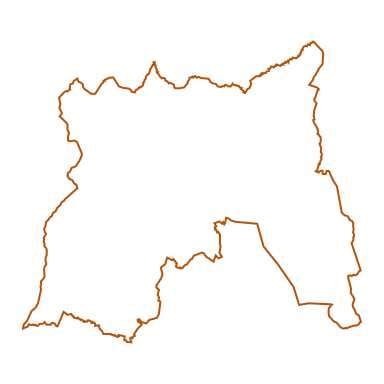 Chai Badan, Lop Buri, Thailand (Robinson projection)
{"feature_id": "78962969B13001003054051", "entity_name": "Chai Badan", "entity_type": "district", "adm_level": 2, "iso_a3": "THA", "parent_name": "Thailand", "parent_adm1": "Lop Buri", "projection": "robinson", "projection_center": [101.171, 15.202], "detail": "fine", "context": "isolated", "style": "outline", "palette": "amber", "viewbox_px": 384, "rotation_deg": 0, "n_neighbors": 0, "source": "geoboundaries", "source_scale": "gbopen_adm2", "svg_char_len": 5802}
<svg xmlns="http://www.w3.org/2000/svg" viewBox="0 0 384 384"><path d="M313.8,41.9L313.4,42.2L312.7,41.7L311.0,43.4L310.4,43.2L309.9,45.2L308.0,44.3L307.0,46.3L305.7,45.7L303.7,46.7L302.2,49.4L302.7,49.9L301.4,50.6L301.4,51.6L300.8,51.9L300.6,54.1L299.8,54.1L300.0,54.8L299.4,55.7L298.6,56.4L298.0,56.0L297.7,57.2L296.1,58.3L294.1,57.9L293.6,58.7L293.7,58.1L292.6,57.6L291.7,59.4L290.2,58.9L289.1,60.5L288.2,60.6L288.3,61.9L287.7,61.1L286.5,62.6L285.4,61.9L284.9,63.2L282.4,63.6L281.9,64.4L282.4,64.8L281.1,64.8L280.2,65.9L275.7,64.1L276.6,65.2L276.1,66.0L274.9,66.0L273.6,67.5L272.9,66.7L270.9,66.6L270.3,68.5L268.5,68.9L268.9,70.8L266.3,71.8L265.7,73.1L262.2,73.1L262.7,74.0L261.7,74.4L261.3,75.5L260.4,75.6L260.1,74.9L259.2,76.3L256.3,76.2L250.2,80.8L251.2,83.7L250.6,85.4L249.4,88.1L247.4,89.1L245.1,93.0L243.5,92.4L244.1,91.5L241.2,89.1L241.7,88.0L239.9,87.7L239.0,86.0L237.3,85.9L236.0,85.0L235.2,85.4L233.1,84.4L232.1,84.9L232.1,84.4L230.6,86.5L228.6,86.4L225.8,84.9L224.9,85.1L224.2,86.3L222.9,86.0L221.3,87.0L217.8,86.4L215.9,84.0L212.8,83.4L210.5,82.0L208.7,78.8L201.2,78.0L198.9,76.9L196.7,77.7L195.2,76.0L193.5,77.3L193.4,76.7L192.1,76.7L191.8,77.3L189.5,77.7L189.4,79.3L187.7,81.8L187.9,82.8L184.2,87.4L178.4,88.4L175.0,88.1L174.2,87.5L174.2,85.6L173.2,84.2L169.7,82.9L168.7,83.3L167.4,81.4L165.4,80.8L165.1,78.8L163.1,77.8L162.0,78.4L159.8,76.6L159.2,74.9L157.5,73.2L157.9,72.1L156.8,72.0L156.8,69.4L155.4,67.0L155.8,65.7L155.3,65.4L154.6,61.9L153.5,62.2L153.8,63.4L153.1,65.2L152.5,65.1L151.3,68.0L150.5,68.6L149.2,73.2L148.4,74.4L147.3,74.6L145.8,77.0L145.6,79.2L144.6,79.8L144.3,81.6L143.1,82.7L143.5,83.2L142.7,85.8L140.2,87.5L139.5,87.0L138.0,89.1L136.1,89.7L134.8,92.5L131.7,91.8L131.0,90.2L128.9,88.6L123.2,87.9L118.9,86.4L113.2,77.4L109.1,77.8L105.1,79.7L105.1,80.8L103.5,80.7L103.2,82.4L101.6,83.9L95.2,93.8L91.1,93.8L84.5,89.0L83.1,87.1L82.8,84.3L81.3,82.9L78.6,81.8L77.3,78.6L73.7,81.0L72.9,83.5L70.2,84.5L69.7,88.1L70.2,89.6L67.7,90.8L67.6,91.4L66.0,91.1L63.5,92.8L59.0,97.8L60.4,104.1L59.4,108.0L61.7,112.6L61.6,113.7L59.7,116.3L66.4,122.8L67.5,124.6L67.5,129.8L69.1,133.3L68.0,136.0L68.0,140.5L69.7,141.3L74.1,140.6L77.0,141.9L81.8,153.6L81.7,155.7L79.9,159.8L75.8,166.3L71.6,167.9L69.9,171.7L67.8,173.0L67.9,175.1L67.3,176.0L69.7,179.1L72.2,180.0L74.1,183.5L76.3,184.6L77.4,188.2L65.2,199.0L63.9,200.9L61.8,202.0L60.2,205.1L57.5,207.5L55.4,211.5L53.1,212.8L51.9,216.0L49.6,217.6L49.0,219.1L46.1,221.9L45.4,226.4L44.1,229.1L44.8,231.9L46.1,233.9L43.6,238.2L44.1,239.8L43.7,241.7L44.5,243.5L44.3,245.8L46.3,248.4L46.8,250.6L46.6,255.5L45.6,257.5L45.4,260.3L46.4,264.0L44.5,266.8L44.1,268.9L44.6,276.1L43.7,278.3L41.0,281.4L41.1,284.7L40.5,286.2L41.0,289.8L38.0,303.4L35.4,307.9L31.7,310.9L27.0,321.0L23.7,324.6L23.0,328.6L28.0,326.4L28.8,324.3L31.8,325.2L33.2,324.5L34.2,325.2L35.6,324.8L35.9,325.6L37.8,325.8L39.7,324.0L43.2,323.6L44.7,322.1L46.1,324.5L50.8,324.7L51.2,323.6L52.5,322.8L54.9,323.7L56.2,326.0L57.5,326.4L63.6,311.9L67.8,314.8L71.3,314.0L72.6,316.2L73.6,316.2L73.9,317.6L76.9,318.5L77.4,317.7L77.8,318.3L78.5,318.1L80.4,319.9L80.8,319.4L82.4,320.0L83.3,321.7L84.6,321.0L84.9,321.8L87.0,321.6L88.1,320.1L91.7,321.7L91.6,322.7L92.7,322.1L92.9,322.8L93.6,322.5L95.1,323.4L95.2,325.3L95.9,324.7L95.4,325.7L98.8,325.3L99.4,328.3L102.2,331.3L103.2,333.9L110.9,334.0L111.5,334.8L113.3,334.8L113.6,335.7L115.1,335.2L115.6,336.2L117.3,336.5L117.4,337.0L118.7,336.4L118.2,335.6L118.8,335.0L124.7,336.4L124.4,340.2L126.2,340.4L126.9,342.0L131.3,342.3L130.2,338.1L131.5,337.5L132.5,338.2L133.1,336.6L134.8,335.8L134.0,334.5L134.3,333.8L137.5,328.9L141.6,324.7L140.7,323.3L137.9,321.5L137.6,319.8L139.0,319.1L141.6,322.0L146.1,323.5L149.4,319.9L156.8,317.9L157.8,316.4L159.0,313.4L160.3,302.3L160.1,301.3L158.4,300.8L159.0,297.4L157.6,294.6L159.0,289.8L156.5,287.6L156.2,285.8L160.8,278.9L162.2,275.5L162.3,273.0L161.0,268.5L161.2,267.2L165.1,264.3L167.2,257.6L172.1,260.2L173.4,259.0L174.2,260.6L175.3,261.1L176.0,263.0L176.9,263.3L175.9,266.6L178.0,267.9L180.0,267.4L180.4,268.6L183.3,267.6L183.5,266.4L185.7,264.7L186.8,264.6L190.6,259.4L192.1,258.9L193.8,255.7L201.8,252.7L203.5,252.9L206.2,256.7L213.6,261.7L215.7,255.5L218.5,258.3L221.8,256.9L219.5,252.7L220.6,246.0L220.0,244.5L220.0,234.6L218.2,231.8L217.2,232.5L216.1,229.5L215.2,229.7L214.7,227.3L216.3,226.4L214.4,223.2L219.6,221.4L221.9,223.7L223.0,222.1L224.2,224.4L225.1,223.0L226.2,217.8L228.4,218.3L231.4,220.6L235.5,221.8L257.2,223.8L263.6,246.5L278.2,264.7L293.7,287.2L299.1,304.9L308.7,303.3L331.0,304.3L331.9,304.6L328.9,308.1L328.5,312.0L329.1,316.3L333.9,321.5L336.5,322.5L340.6,327.4L343.9,328.7L346.0,327.8L347.4,328.3L348.8,327.2L354.1,325.6L356.8,325.5L359.2,323.8L359.5,322.7L361.0,322.0L359.0,315.8L356.0,313.6L354.8,309.9L353.0,307.0L352.6,304.3L354.3,299.8L354.3,298.5L350.8,293.0L351.0,288.6L348.2,277.8L348.3,275.8L350.5,275.4L351.9,276.1L353.7,274.7L355.6,275.4L357.5,273.9L358.9,271.5L360.7,270.5L351.6,243.2L353.5,239.9L353.3,237.3L354.1,236.3L353.7,233.4L353.1,232.7L353.7,228.1L353.0,226.3L353.3,223.6L352.5,221.4L349.2,219.5L349.0,218.1L347.4,216.1L344.7,215.3L341.8,212.8L337.0,186.5L333.0,180.2L329.0,171.1L326.7,171.0L325.5,174.2L322.5,173.6L322.7,171.1L321.8,170.6L319.5,171.4L318.8,172.5L315.8,171.4L317.2,170.3L318.3,165.9L319.1,164.9L318.7,164.0L320.0,163.7L319.8,162.8L321.5,158.5L320.9,157.0L321.5,156.7L321.8,154.8L321.6,153.2L320.8,152.3L321.2,148.3L319.6,143.9L320.1,143.7L320.8,140.0L320.6,137.1L318.2,134.6L318.4,134.0L317.5,133.8L318.2,131.4L317.4,129.5L317.6,128.6L313.8,122.4L313.2,120.1L314.5,119.4L313.7,116.3L314.2,110.2L316.6,103.5L314.4,100.6L314.3,99.0L315.3,97.6L317.6,90.2L318.7,89.8L318.6,88.9L316.7,87.4L309.2,84.9L313.0,79.8L313.7,77.3L315.6,74.8L319.4,67.9L322.5,64.1L323.3,53.5L322.5,51.2L313.8,41.9Z" fill="none" stroke="#b45309" stroke-width="2"/></svg>